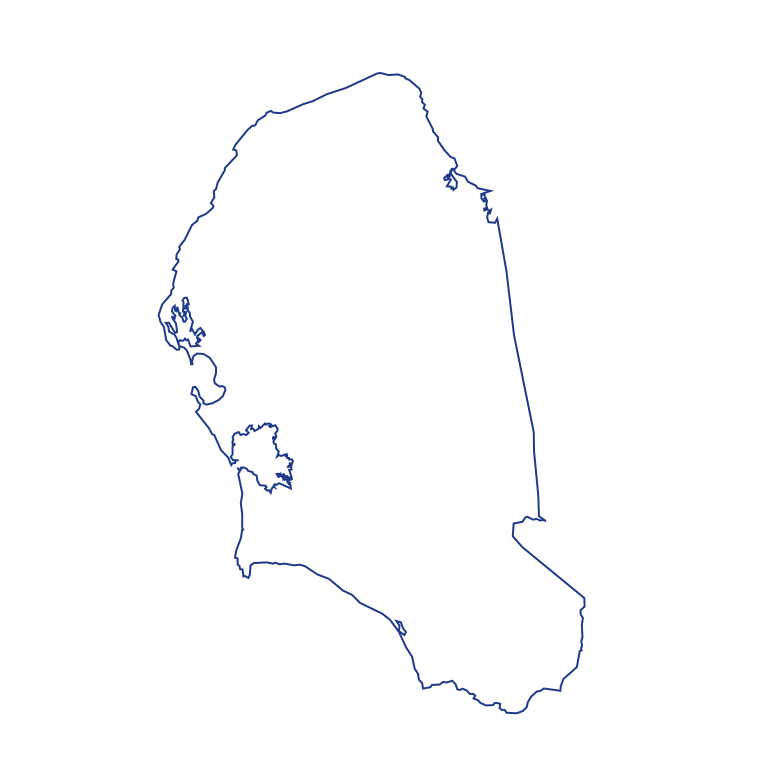 Uribia, La Guajira, Colombia, rotated 278°
{"feature_id": "7082276B96062501211498", "entity_name": "Uribia", "entity_type": "district", "adm_level": 2, "iso_a3": "COL", "parent_name": "Colombia", "parent_adm1": "La Guajira", "projection": "orthographic", "projection_center": [-71.822, 11.991], "detail": "fine", "context": "isolated", "style": "outline", "palette": "blue", "viewbox_px": 768, "rotation_deg": 278, "n_neighbors": 0, "source": "geoboundaries", "source_scale": "gbopen_adm2", "svg_char_len": 6120}
<svg xmlns="http://www.w3.org/2000/svg" viewBox="0 0 768 768"><g transform="rotate(278 384 384)"><path d="M270.8,563.4L274.7,555.8L294.2,552.5L338.0,542.0L357.1,539.0L450.3,506.0L512.6,489.6L563.5,473.1L559.1,471.5L558.8,465.0L563.1,463.0L568.0,463.2L567.6,465.1L571.3,465.7L569.7,464.1L571.4,462.2L569.9,459.2L571.7,458.8L572.7,461.6L575.3,460.4L579.7,460.5L583.1,458.3L581.6,457.6L581.6,458.6L579.0,458.7L578.6,457.3L581.6,454.6L585.5,454.0L584.9,457.1L586.7,457.2L586.8,456.2L590.0,462.6L590.9,449.5L593.3,447.2L595.9,439.2L600.7,435.2L602.2,426.5L606.5,422.3L604.0,420.7L601.4,421.0L594.1,428.1L588.8,428.5L585.9,425.8L588.3,424.8L586.9,423.6L588.8,422.7L588.5,418.8L595.8,421.8L596.4,419.7L599.0,420.1L599.7,418.1L595.4,418.7L594.4,415.9L596.3,414.9L599.9,417.8L600.9,420.2L604.0,420.1L606.4,421.2L606.9,424.3L610.1,426.2L617.3,422.3L618.0,418.5L623.9,411.3L632.5,403.4L635.9,403.2L641.0,397.3L643.1,397.0L654.8,388.7L659.8,389.3L662.4,384.7L666.2,385.7L668.5,382.4L671.3,382.4L673.4,379.8L677.6,380.3L681.3,378.0L688.4,367.1L689.7,362.6L691.0,362.1L692.5,354.8L690.6,345.5L691.5,337.0L690.4,333.7L672.0,305.3L663.2,287.3L654.2,274.2L649.7,264.7L640.4,249.9L637.7,243.2L637.4,236.3L638.8,234.0L636.1,229.9L633.3,229.1L627.6,222.4L622.1,220.4L621.3,217.5L616.7,213.6L600.4,203.7L595.2,202.0L594.7,205.2L590.1,206.6L575.6,196.3L573.5,196.6L560.5,191.3L553.5,190.5L551.3,188.6L545.2,190.0L539.1,187.4L536.4,190.4L534.8,190.2L527.7,184.1L523.2,177.0L519.5,176.3L514.7,171.7L498.9,166.5L491.3,162.1L489.1,163.2L483.2,160.6L478.7,161.0L478.6,162.9L476.4,163.3L467.9,158.7L466.7,162.8L454.3,161.2L450.2,162.3L446.5,160.3L443.5,160.7L432.0,153.3L421.0,151.2L414.1,154.2L410.1,158.0L397.2,162.2L392.0,167.4L392.3,168.9L389.1,173.9L389.6,176.3L391.8,176.4L401.0,172.0L403.7,169.6L406.1,163.8L410.7,162.5L414.1,159.4L414.7,162.5L406.7,169.0L405.7,170.5L406.7,171.9L414.9,169.6L420.5,164.8L421.2,165.5L419.4,167.4L422.3,168.0L426.5,163.9L430.2,164.2L432.3,165.9L427.7,167.0L427.2,168.2L431.6,168.6L425.9,170.9L425.6,172.3L423.9,171.7L421.8,175.0L417.9,176.8L417.9,178.1L421.1,179.7L423.5,177.8L426.9,178.0L424.7,176.3L427.7,176.5L427.8,174.9L436.9,174.2L438.5,172.9L441.5,174.2L442.0,176.9L435.8,179.6L435.2,178.7L436.4,177.4L433.7,178.4L433.8,176.7L432.1,176.6L432.8,177.2L431.2,177.8L431.5,179.3L430.2,179.0L427.2,181.9L423.8,182.6L419.1,186.1L408.9,184.6L411.8,186.3L406.7,189.9L411.6,191.9L413.9,194.3L410.6,198.2L406.8,200.3L407.4,199.5L406.5,198.9L409.9,196.5L405.4,192.3L403.5,192.6L401.6,193.8L403.8,193.4L401.9,196.2L399.9,194.8L401.3,194.1L397.8,192.2L396.0,195.5L394.3,187.2L400.8,183.8L399.8,182.2L401.3,180.6L399.0,179.3L398.3,175.5L399.7,176.6L397.5,174.4L393.2,175.8L392.2,180.9L390.0,183.9L381.3,189.0L376.7,190.2L377.0,191.6L379.3,190.7L385.2,191.5L388.1,194.7L388.6,201.2L385.7,207.9L377.1,215.4L371.0,216.1L364.9,215.1L361.2,216.3L358.5,221.6L359.5,223.7L358.6,226.6L356.1,227.8L349.5,226.1L345.2,222.6L341.0,216.7L338.9,210.9L339.8,207.8L342.3,207.7L345.7,203.3L351.3,201.0L354.9,197.6L354.1,195.3L347.2,194.7L345.7,199.3L340.5,202.1L338.3,204.9L333.9,204.4L330.2,201.7L315.9,216.8L310.4,220.8L309.9,223.0L295.9,231.7L289.4,240.0L282.5,244.0L284.2,244.7L285.0,247.5L287.5,247.5L288.1,250.7L287.7,245.0L290.2,242.5L293.6,243.8L301.0,242.7L303.2,244.5L303.9,244.0L302.8,242.7L305.9,241.9L307.7,242.6L310.1,241.5L313.8,242.8L316.2,246.8L313.6,249.1L314.9,251.7L314.3,254.7L316.9,256.8L318.9,253.8L324.0,256.6L324.5,259.1L320.9,258.6L321.6,260.7L319.4,262.4L322.5,266.3L324.7,266.0L323.4,267.8L328.3,271.7L327.4,272.4L328.9,275.2L328.3,277.8L327.1,278.8L326.4,276.2L325.5,277.3L328.0,282.1L324.9,284.8L322.9,285.0L319.8,283.1L317.4,284.6L315.0,283.6L316.3,282.3L315.6,281.4L314.4,281.7L315.0,284.0L311.9,282.5L309.7,283.2L309.2,285.4L305.0,286.2L302.4,289.2L297.4,288.3L299.1,289.8L298.4,292.1L300.9,297.0L299.2,296.8L299.8,298.0L297.3,298.3L297.5,300.3L295.2,300.8L296.3,301.0L296.5,303.2L295.0,304.6L292.3,304.0L292.4,301.8L291.2,302.2L287.9,299.8L289.5,302.2L290.8,302.1L290.8,303.6L289.0,304.1L290.2,303.2L289.3,303.0L286.6,304.4L285.2,302.5L286.7,301.6L278.8,305.4L277.9,303.0L279.4,300.5L278.7,298.8L280.8,297.2L280.0,296.2L278.7,297.1L280.6,293.6L280.0,290.3L277.7,292.0L279.8,293.5L278.0,293.5L278.7,294.5L277.6,296.6L278.5,296.9L276.5,297.4L278.1,297.9L275.3,299.0L276.2,301.6L277.6,300.4L276.9,302.7L276.2,302.0L277.5,306.7L274.0,301.8L272.8,302.5L273.0,304.6L271.5,304.0L271.1,305.3L267.5,306.3L271.2,294.0L269.0,291.4L269.5,289.6L267.4,289.0L266.4,290.0L266.8,288.5L264.6,287.3L260.5,287.0L262.9,284.8L262.1,283.4L263.7,280.9L263.0,280.2L265.4,282.0L266.8,281.1L266.5,275.2L270.7,272.0L275.6,270.6L276.8,267.0L278.3,266.2L279.2,261.4L281.0,259.9L281.9,256.1L280.9,253.1L280.6,254.8L279.2,254.1L279.8,251.5L277.2,253.3L274.8,252.1L255.7,259.0L245.9,258.8L235.1,261.8L222.2,263.5L220.2,264.8L219.6,263.7L211.7,263.8L198.3,260.8L191.3,260.6L190.9,263.3L184.8,264.2L183.7,266.2L180.6,267.3L180.7,269.7L173.9,271.6L174.6,272.7L173.1,276.7L176.5,277.7L185.9,277.1L188.6,280.1L191.0,292.6L190.7,299.3L191.9,301.2L190.9,305.8L192.3,310.5L191.9,320.0L193.4,325.9L192.5,331.3L186.1,344.7L183.4,356.6L173.7,372.1L170.8,381.6L163.8,390.9L156.3,414.3L151.4,422.7L140.7,433.2L146.8,433.0L151.0,429.4L150.4,433.8L144.7,436.9L141.4,440.3L138.2,439.1L141.2,433.6L139.7,433.9L126.3,442.5L117.8,449.8L106.1,454.1L102.0,457.9L95.9,459.8L93.1,463.4L87.8,465.1L90.2,472.1L92.7,473.4L94.1,480.9L97.2,484.1L97.1,487.5L99.6,492.9L96.7,496.7L91.8,499.1L91.5,501.4L93.2,504.1L92.0,508.6L89.1,512.0L89.5,515.9L88.0,517.7L85.1,516.5L83.9,521.1L81.5,524.0L79.9,529.8L81.2,536.7L83.4,537.9L83.9,540.3L83.4,543.6L79.0,543.6L77.7,546.2L78.0,548.8L75.5,551.2L76.4,561.3L79.5,567.0L83.9,570.3L88.9,570.7L94.9,573.2L100.7,578.1L101.9,581.6L104.7,584.7L104.8,601.4L109.4,601.1L116.8,602.7L130.6,614.4L146.7,615.0L147.7,616.8L149.8,615.8L151.9,616.6L157.2,615.1L160.5,615.8L172.9,613.5L180.1,613.5L183.1,610.9L187.3,610.1L191.5,613.6L199.9,612.2L241.7,543.7L251.2,532.7L263.9,531.8L266.7,540.1L271.6,542.7L272.5,544.3L270.4,550.6L271.7,553.8L270.5,557.7L271.5,560.0L270.8,563.4Z" fill="none" stroke="#1e3a8a" stroke-width="2"/></g></svg>